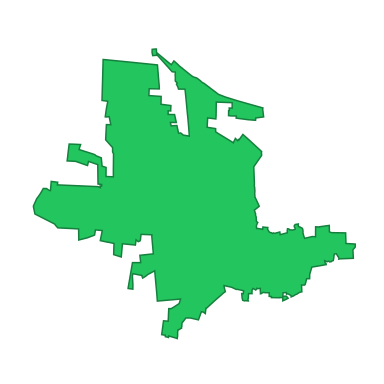 Tixkokob, Yucatán, Mexico, rotated 176°
{"feature_id": "50627088B39788143145852", "entity_name": "Tixkokob", "entity_type": "district", "adm_level": 2, "iso_a3": "MEX", "parent_name": "Mexico", "parent_adm1": "Yucatán", "projection": "natural_earth1", "projection_center": [-89.387, 20.975], "detail": "fine", "context": "isolated", "style": "filled", "palette": "green", "viewbox_px": 384, "rotation_deg": 176, "n_neighbors": 0, "source": "geoboundaries", "source_scale": "gbopen_adm2", "svg_char_len": 5904}
<svg xmlns="http://www.w3.org/2000/svg" viewBox="0 0 384 384"><g transform="rotate(176 192 192)"><path d="M245.4,326.0L271.4,330.4L275.4,289.6L269.8,288.4L269.9,287.5L271.7,280.7L273.3,273.0L272.2,272.8L269.4,273.0L268.3,264.8L272.7,265.2L274.5,250.1L268.1,241.8L268.4,237.7L268.2,236.8L267.6,235.8L268.1,229.7L268.9,219.8L269.4,212.6L276.7,213.5L276.0,222.5L279.9,224.1L280.1,232.4L285.1,234.8L286.2,235.9L287.8,236.7L301.6,242.2L301.4,243.0L300.8,244.7L299.8,247.1L301.3,247.3L306.2,247.9L311.2,248.4L313.0,239.2L313.8,234.7L314.4,231.7L312.6,231.5L305.5,230.6L305.1,230.3L294.4,225.7L293.1,229.7L284.1,225.9L285.2,206.5L281.6,205.8L281.8,204.2L283.2,204.4L283.2,202.8L285.3,203.9L325.8,208.5L325.3,211.1L331.7,212.4L333.1,203.3L334.1,203.4L336.9,205.6L340.1,205.9L343.0,201.5L345.6,198.2L346.9,196.7L347.5,196.0L351.0,189.4L351.2,188.9L351.2,188.2L350.2,181.0L331.2,169.6L330.4,168.2L328.5,165.8L328.4,165.6L307.7,163.1L308.3,152.0L299.6,153.6L292.2,155.8L291.0,160.9L284.2,159.8L286.9,149.9L279.3,147.7L279.2,147.8L273.4,146.1L274.2,138.2L274.5,135.0L267.1,132.1L265.0,145.2L253.2,143.2L253.1,143.3L252.2,143.0L251.1,148.2L249.1,146.2L247.3,146.8L246.7,148.1L246.6,149.0L245.8,153.3L235.0,152.1L235.2,150.4L234.9,133.0L248.4,132.5L248.1,125.1L256.3,125.7L262.5,100.4L262.5,100.2L257.8,99.2L257.6,101.5L257.5,102.6L257.4,104.6L257.3,112.4L256.9,113.8L256.6,114.6L247.7,112.2L247.7,111.2L247.2,109.6L244.2,111.1L242.2,112.6L234.7,116.0L234.3,96.4L234.2,91.5L234.2,90.6L234.2,85.6L210.9,86.0L212.6,81.6L217.4,78.9L220.7,77.2L221.1,77.1L223.3,77.3L224.1,70.8L224.1,70.2L224.8,64.8L229.4,65.5L232.2,51.8L228.7,51.0L228.7,50.9L228.7,49.5L227.0,49.1L225.6,48.5L225.3,50.0L218.5,47.5L217.0,46.8L216.4,49.3L216.1,53.0L215.9,54.4L215.7,55.3L215.1,55.3L214.9,55.7L214.0,55.8L212.6,56.8L212.0,56.8L211.9,57.7L211.6,58.3L211.6,58.6L211.4,59.3L211.5,59.8L211.4,60.2L211.2,60.6L211.3,61.5L211.1,62.0L206.8,66.8L202.4,66.4L197.4,64.9L194.5,64.0L191.0,71.9L189.1,71.4L187.2,69.8L186.2,75.1L185.7,75.0L177.9,81.2L175.6,83.0L169.5,87.6L168.1,88.7L167.4,89.2L166.9,89.5L166.4,89.9L165.7,90.2L166.5,94.5L166.5,96.4L159.1,94.2L154.8,91.8L153.4,91.7L147.4,89.9L148.0,87.0L149.5,87.2L149.4,82.9L149.0,80.6L149.0,80.4L147.3,79.8L147.0,79.7L146.7,79.9L144.1,79.5L143.4,79.4L143.7,80.8L143.5,81.6L143.2,82.0L142.7,86.7L139.2,86.4L139.3,87.4L139.1,87.8L139.0,89.8L137.9,91.5L136.8,90.8L136.2,90.5L135.9,90.3L135.5,89.8L135.2,89.8L134.0,91.0L133.9,91.2L133.8,91.4L133.4,91.0L131.3,91.0L130.6,91.1L130.7,88.9L130.8,88.7L130.7,87.4L130.8,85.7L129.8,85.9L129.2,86.3L128.8,86.4L128.4,86.7L128.0,86.9L125.7,86.4L122.0,86.1L122.3,82.5L120.1,82.2L120.2,81.1L112.1,80.4L112.1,80.6L108.8,80.3L109.0,77.1L106.2,78.1L103.5,79.3L105.1,81.5L108.7,81.7L108.2,85.1L104.8,85.1L104.8,83.5L103.7,83.7L102.9,83.4L101.7,82.6L100.6,82.0L100.4,80.4L99.9,80.6L99.4,80.9L98.6,80.9L98.3,81.3L97.5,81.5L96.6,82.0L96.3,82.2L96.0,82.4L95.6,82.5L94.7,82.7L92.5,84.0L90.8,84.6L89.4,84.7L89.2,91.5L87.1,91.4L86.2,91.3L85.5,91.9L85.2,93.0L84.8,93.8L84.6,94.7L84.3,95.6L83.7,97.5L80.7,97.3L80.3,101.7L77.7,108.7L68.7,109.6L63.2,110.2L63.3,111.2L64.1,111.9L64.3,112.8L64.4,114.2L62.2,113.0L60.4,113.5L59.5,112.6L57.7,112.9L57.0,113.5L55.8,113.8L55.2,116.2L54.5,120.0L53.6,120.3L52.3,120.3L51.3,118.3L50.9,117.4L50.6,117.3L50.0,115.5L50.2,114.8L48.6,115.0L35.7,114.6L35.5,123.1L33.0,125.7L32.8,128.7L42.0,129.9L41.6,140.5L55.6,141.7L57.7,142.6L57.4,149.1L67.5,148.4L67.6,148.2L71.1,148.7L71.9,138.7L75.1,139.2L82.8,137.9L83.6,140.3L83.6,140.6L83.8,141.5L83.9,142.1L83.9,142.5L84.2,143.3L84.0,145.0L84.1,147.2L84.6,148.2L85.6,148.8L86.5,149.4L88.0,150.0L88.4,151.6L88.2,152.7L91.3,152.4L92.3,151.4L92.4,150.1L91.8,149.2L91.7,148.9L91.7,147.6L93.3,147.2L94.4,147.0L95.0,147.2L95.3,147.2L97.0,147.4L97.3,147.5L97.7,148.2L98.4,148.5L99.3,148.7L99.4,147.9L99.7,147.0L99.7,146.5L99.8,144.7L107.0,143.3L107.2,146.0L112.2,145.0L113.8,145.5L114.2,145.2L114.5,145.0L115.8,145.9L116.2,146.0L116.8,146.1L117.8,146.8L119.2,149.6L118.8,151.2L118.9,151.4L119.4,151.3L121.7,151.8L122.7,151.8L123.6,152.2L124.2,149.8L125.5,150.3L126.4,150.4L126.6,150.5L127.5,150.6L128.0,150.8L129.3,151.1L130.1,151.1L130.1,152.2L130.2,153.0L130.0,154.3L128.8,156.6L128.5,157.0L129.3,157.8L129.9,158.4L129.7,160.3L129.8,160.9L129.7,162.1L129.7,162.5L130.3,164.7L130.0,165.6L130.2,165.9L130.4,166.7L130.7,168.3L131.1,169.5L125.9,173.1L129.4,182.3L129.6,182.5L129.5,184.0L129.5,184.4L129.6,185.5L129.2,188.7L129.2,192.6L129.4,193.2L129.1,196.8L128.7,210.2L128.6,212.9L123.4,219.4L121.1,222.2L120.0,223.6L119.9,225.3L120.1,225.9L119.7,227.5L131.0,239.5L137.2,245.9L141.5,240.7L141.9,241.1L142.8,240.0L145.0,242.4L145.1,242.1L147.4,238.2L148.6,239.2L162.0,248.7L164.2,250.4L164.0,253.6L172.4,255.5L171.2,264.8L163.1,263.2L162.6,267.0L161.5,280.0L145.7,278.3L146.1,272.8L149.0,273.2L149.1,270.7L149.8,270.6L150.2,265.6L148.1,265.2L142.5,264.7L142.8,262.6L131.0,260.2L123.6,259.1L123.2,261.4L115.3,261.9L115.7,269.7L115.4,270.9L129.4,275.9L140.2,279.8L152.0,284.4L158.8,287.6L172.6,299.7L173.9,300.3L176.1,302.6L176.3,302.8L179.3,305.4L180.6,305.9L183.0,306.9L185.7,309.2L196.0,318.8L197.8,320.9L200.9,324.0L202.7,321.7L203.8,320.4L206.8,323.2L217.5,333.5L217.6,334.2L217.6,337.1L218.8,337.2L221.8,337.1L222.1,334.1L221.7,330.8L217.5,330.8L217.5,331.5L203.4,313.3L200.3,312.8L200.4,311.0L200.7,310.0L200.6,307.8L200.9,304.8L200.9,303.8L199.2,301.8L200.0,300.5L199.5,299.6L198.6,297.2L198.3,295.6L193.2,295.2L191.8,295.0L191.5,286.0L191.1,269.3L191.0,267.2L190.8,255.8L190.8,254.0L190.8,247.9L192.2,248.3L193.8,248.7L196.9,249.4L197.4,250.1L199.2,251.7L200.4,251.6L201.3,251.6L202.4,259.4L208.2,259.4L208.7,262.9L202.8,262.4L204.0,270.5L206.9,270.7L210.4,271.1L210.1,274.7L207.6,274.3L207.3,277.4L207.0,279.7L216.8,281.7L216.1,289.5L216.9,289.6L218.3,289.8L228.3,291.2L227.5,298.0L217.4,297.1L217.3,300.5L217.4,305.4L217.6,321.2L245.4,326.0Z" fill="#22c55e" stroke="#15803d" stroke-width="1.5"/></g></svg>